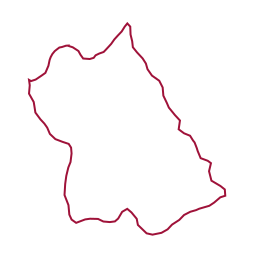 the district of Barda District, Bərdə, Azerbaijan, rotated 5°
{"feature_id": "54616110B76249555634218", "entity_name": "Barda District", "entity_type": "district", "adm_level": 2, "iso_a3": "AZE", "parent_name": "Azerbaijan", "parent_adm1": "Bərdə", "projection": "orthographic", "projection_center": [47.218, 40.364], "detail": "fine", "context": "isolated", "style": "outline", "palette": "rose", "viewbox_px": 256, "rotation_deg": 5, "n_neighbors": 0, "source": "geoboundaries", "source_scale": "gbopen_adm2", "svg_char_len": 1431}
<svg xmlns="http://www.w3.org/2000/svg" viewBox="0 0 256 256"><g transform="rotate(5 128 128)"><path d="M25.2,88.7L26.4,94.0L26.4,102.4L31.8,110.3L32.8,114.2L34.4,120.7L40.0,127.0L44.3,130.9L47.5,134.7L50.7,140.7L56.6,145.4L64.0,147.5L70.3,149.0L73.0,152.5L74.0,158.3L73.7,166.9L72.0,172.5L70.7,181.1L70.3,189.2L70.6,200.3L75.4,210.0L77.1,219.4L79.6,223.8L79.7,224.1L84.6,227.0L93.3,222.8L98.1,221.7L106.1,221.2L111.6,223.3L118.1,223.3L123.1,222.2L126.1,219.1L129.5,212.0L134.3,208.6L138.8,211.8L144.6,217.7L146.3,223.7L155.7,231.3L161.7,232.1L170.5,229.5L176.3,225.5L180.3,220.4L187.1,215.1L191.4,209.8L197.4,206.0L202.9,203.9L206.0,202.2L215.8,198.4L220.3,194.8L226.0,189.0L230.8,187.0L229.8,180.8L225.1,177.7L215.7,173.2L212.5,164.0L213.7,155.8L210.3,153.7L203.0,151.7L199.4,144.8L198.3,142.1L195.6,136.6L193.9,134.8L190.5,130.3L184.3,128.4L178.6,124.9L179.1,116.0L173.6,111.0L166.9,104.1L164.6,99.8L160.4,92.7L159.0,84.6L155.0,78.2L147.3,73.7L142.3,67.7L140.2,62.2L136.5,57.4L130.4,51.9L125.8,47.1L124.6,41.2L122.4,34.7L121.4,26.8L118.2,23.9L115.9,27.3L113.3,32.4L109.8,36.8L106.7,40.9L103.9,45.7L102.0,48.2L98.9,52.2L97.1,54.4L92.9,56.3L89.4,58.4L87.7,61.1L83.9,62.6L77.3,62.7L74.3,59.2L71.9,55.6L65.9,52.4L61.1,51.3L61.2,51.1L59.1,51.4L55.1,53.1L52.6,53.8L50.2,56.0L48.3,57.8L46.2,60.9L44.8,64.1L44.0,67.0L43.3,72.9L40.9,80.3L37.5,83.2L31.8,87.8L27.3,89.7L25.2,88.7Z" fill="none" stroke="#9f1239" stroke-width="2"/></g></svg>